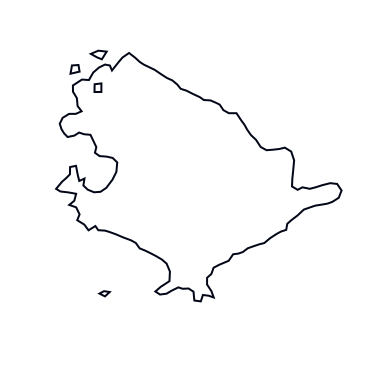 outline of Niterói, Rio de Janeiro, Brazil, rotated 13°
{"feature_id": "56859067B85050647770651", "entity_name": "Niterói", "entity_type": "district", "adm_level": 2, "iso_a3": "BRA", "parent_name": "Brazil", "parent_adm1": "Rio de Janeiro", "projection": "robinson", "projection_center": [-43.065, -22.923], "detail": "fine", "context": "isolated", "style": "outline", "palette": "ink", "viewbox_px": 384, "rotation_deg": 13, "n_neighbors": 0, "source": "geoboundaries", "source_scale": "gbopen_adm2", "svg_char_len": 2252}
<svg xmlns="http://www.w3.org/2000/svg" viewBox="0 0 384 384"><g transform="rotate(13 192 192)"><path d="M331.6,151.5L324.7,152.3L317.5,156.0L311.6,159.5L306.1,162.4L298.5,162.6L294.5,166.1L288.2,164.1L286.8,156.7L285.8,148.6L284.4,138.2L279.6,130.3L272.5,127.9L267.3,130.5L261.6,132.5L255.3,134.5L248.8,132.7L242.7,126.8L236.7,123.3L231.8,118.9L228.0,114.7L223.6,110.9L217.6,105.2L210.2,106.9L204.2,105.2L199.3,100.6L194.5,99.5L189.4,98.6L182.9,99.7L178.2,97.8L171.0,96.3L163.8,94.5L157.8,94.0L153.5,90.6L147.8,87.7L141.8,86.5L135.5,84.2L128.0,81.3L122.2,80.0L116.7,78.8L112.0,77.1L106.3,73.9L99.4,70.7L94.1,76.5L91.6,81.3L89.2,86.3L86.7,91.6L83.5,87.2L78.6,87.4L73.4,91.6L68.9,97.8L66.4,106.1L59.5,107.2L52.0,115.0L53.5,121.1L58.7,126.4L61.2,134.0L66.3,138.2L61.2,142.0L54.7,143.5L49.3,148.8L47.8,155.2L50.6,160.0L54.0,163.5L58.4,166.4L64.7,163.5L68.6,159.5L73.8,160.0L80.2,159.1L88.7,169.8L88.6,175.6L93.9,177.8L101.1,176.7L107.1,176.7L112.5,180.0L113.8,189.4L111.7,198.0L107.6,207.2L102.8,212.4L96.7,214.3L89.9,213.2L84.7,210.1L84.2,203.1L79.7,206.6L76.9,201.2L73.1,192.6L67.6,195.1L69.1,202.2L66.4,206.6L63.1,211.2L58.9,219.5L63.7,221.1L71.6,220.2L79.5,219.8L79.3,227.0L75.3,232.2L82.6,233.0L87.5,239.1L86.5,245.3L94.4,248.0L99.8,252.6L105.5,246.9L109.3,250.3L115.8,249.2L120.4,249.5L127.1,250.3L135.1,251.7L143.5,252.8L148.7,254.3L153.7,258.7L159.4,259.6L165.0,260.9L170.9,262.4L177.9,264.6L183.4,267.5L188.4,274.5L190.1,283.9L182.9,291.4L178.7,297.2L183.9,299.1L190.1,296.8L194.6,292.5L200.2,288.0L204.7,288.4L210.4,286.8L215.9,288.8L218.7,297.2L225.2,296.6L225.8,289.9L231.5,289.3L236.9,289.9L233.2,284.2L227.5,278.8L226.0,272.2L229.3,267.5L230.1,260.9L235.0,256.7L243.2,250.8L246.1,243.4L250.8,241.7L255.0,239.1L259.0,234.3L264.5,230.8L269.2,227.9L273.9,225.5L278.6,219.3L283.8,213.9L287.5,210.6L292.3,207.7L292.0,201.5L295.3,196.9L300.2,191.0L304.9,184.0L310.1,180.7L315.1,177.6L321.5,175.0L326.7,172.8L330.9,170.1L336.3,164.6L337.4,156.9L331.6,151.5ZM72.9,108.9L79.3,106.6L81.2,114.9L74.5,116.5L72.9,108.9ZM77.3,74.4L68.9,75.4L62.4,80.2L69.3,82.2L74.3,83.0L77.3,74.4ZM55.4,100.0L52.8,93.8L46.6,95.7L47.0,104.1L55.4,100.0ZM134.3,308.0L128.6,308.4L124.7,311.8L130.7,313.3L134.3,308.0Z" fill="none" stroke="#020617" stroke-width="2"/></g></svg>